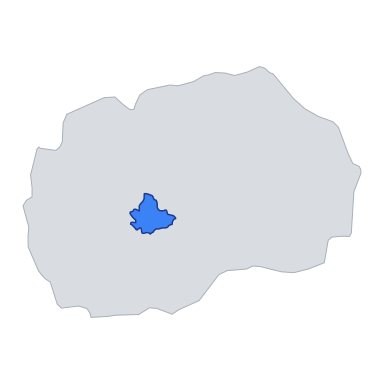 Dolneni on a map of North Macedonia (Natural Earth projection)
{"feature_id": "MKD-2928", "entity_name": "Dolneni", "entity_type": "Statistical Region", "adm_level": 1, "iso_a3": "MKD", "parent_name": "North Macedonia", "parent_adm1": "", "projection": "natural_earth1", "projection_center": [21.402, 41.472], "detail": "fine", "context": "in_parent", "style": "filled", "palette": "blue", "viewbox_px": 384, "rotation_deg": 0, "n_neighbors": 0, "source": "natural_earth", "source_scale": "10m", "svg_char_len": 2525}
<svg xmlns="http://www.w3.org/2000/svg" viewBox="0 0 384 384"><path d="M170.3,85.0L177.6,85.9L193.5,81.6L203.5,75.8L208.5,74.9L215.2,72.6L224.9,73.0L234.7,75.5L247.2,72.1L259.4,66.6L264.4,68.0L269.7,72.7L273.2,74.0L293.6,98.7L304.8,108.7L318.0,116.3L333.0,121.8L338.4,127.2L348.1,153.5L352.8,163.5L359.1,166.4L360.7,169.3L361.0,173.1L353.9,191.6L351.3,233.1L349.5,236.4L342.0,236.2L332.0,237.1L328.2,240.3L324.3,262.7L308.3,269.0L293.7,272.7L281.4,271.8L259.8,266.5L252.7,266.0L246.7,269.0L227.4,270.6L219.0,274.5L199.1,300.6L179.0,309.6L172.1,314.2L156.7,308.4L149.4,307.8L138.7,314.5L115.4,315.2L109.0,316.3L91.0,317.4L90.3,313.8L87.0,308.5L78.6,306.0L61.4,308.1L57.3,304.3L50.3,282.1L44.8,278.5L38.6,271.1L28.2,247.0L28.0,236.5L28.8,227.2L23.0,205.7L26.6,200.2L32.0,196.8L32.1,188.1L30.6,174.9L37.0,149.0L38.8,147.1L40.4,148.3L55.8,150.4L59.7,147.1L62.3,142.0L63.1,123.1L66.8,114.3L104.0,97.7L114.9,97.0L123.3,104.7L129.9,109.6L133.9,109.4L135.3,104.5L139.8,95.0L147.5,89.6L170.0,85.0L170.3,85.0Z" fill="#d9dde1" stroke="#a8b0b8" stroke-width="1"/><path d="M139.3,210.8L139.3,209.0L139.2,206.5L139.6,205.3L140.3,204.1L141.1,203.2L142.3,201.9L143.2,200.8L144.1,198.8L144.2,195.8L144.4,193.7L145.1,193.7L145.4,193.7L146.6,193.7L148.3,194.2L149.7,194.7L151.9,195.5L153.0,196.7L153.4,198.1L154.0,199.2L154.7,199.8L156.2,200.3L156.8,201.8L157.2,203.8L157.2,206.1L157.3,207.7L158.2,209.2L159.1,210.2L160.5,210.8L161.8,210.8L163.0,210.8L163.9,210.7L164.6,210.2L165.5,210.1L166.4,210.3L166.7,211.1L167.1,212.3L167.4,213.5L167.8,214.2L168.7,214.6L169.9,214.8L171.9,215.3L173.4,215.7L174.6,216.7L175.5,217.9L175.6,218.6L174.1,219.2L173.1,220.3L172.3,222.3L172.1,224.3L170.8,224.7L169.1,225.3L167.6,227.2L166.2,227.8L161.8,228.0L160.6,228.4L158.8,228.9L157.1,228.9L156.0,228.9L155.4,229.5L154.3,230.3L153.6,231.3L153.0,232.3L152.1,232.5L151.4,233.1L150.6,233.6L150.2,234.0L149.9,233.6L148.4,232.7L147.5,232.6L146.8,232.6L145.6,232.8L144.6,233.2L143.6,233.3L142.9,233.3L142.2,233.1L141.8,232.3L141.6,231.1L141.4,229.8L141.2,228.8L141.0,228.2L140.2,227.9L139.6,228.1L138.6,229.0L137.8,229.0L137.1,229.5L137.0,229.9L135.9,229.4L135.5,228.5L133.9,226.9L132.2,225.0L130.7,224.2L130.7,223.1L131.3,222.4L132.5,222.3L133.7,222.4L135.7,222.5L135.8,221.3L135.8,220.7L135.4,219.7L134.6,219.2L132.5,217.0L130.9,214.9L130.3,213.8L130.1,213.6L130.1,212.6L130.3,212.2L131.3,211.6L132.2,211.6L133.0,211.2L133.5,210.1L134.0,209.4L135.6,209.2L136.9,209.7L137.7,210.2L138.7,210.7L139.3,210.8Z" fill="#3b82f6" stroke="#1e3a8a" stroke-width="1.5"/></svg>